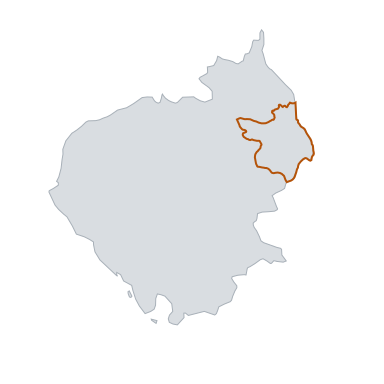 location of Môndól Kiri within Cambodia, rotated 337°
{"feature_id": "KHM-1794", "entity_name": "Môndól Kiri", "entity_type": "Province", "adm_level": 1, "iso_a3": "KHM", "parent_name": "Cambodia", "parent_adm1": "", "projection": "robinson", "projection_center": [106.924, 12.744], "detail": "fine", "context": "in_parent", "style": "outline", "palette": "amber", "viewbox_px": 384, "rotation_deg": 337, "n_neighbors": 0, "source": "natural_earth", "source_scale": "10m", "svg_char_len": 5886}
<svg xmlns="http://www.w3.org/2000/svg" viewBox="0 0 384 384"><g transform="rotate(337 192 192)"><path d="M319.4,69.9L320.2,73.0L318.1,78.9L315.8,84.3L311.7,89.0L311.5,92.5L310.0,102.8L310.6,106.1L311.6,108.9L312.9,110.4L316.6,120.5L319.9,129.6L323.1,137.2L323.7,142.0L320.7,154.0L317.2,165.1L317.5,170.7L319.0,176.2L320.6,183.6L321.2,193.0L320.4,199.2L318.8,203.0L315.8,206.9L313.2,208.9L310.0,205.6L307.5,205.5L304.1,206.5L301.5,208.0L296.1,213.7L290.1,219.3L281.8,220.8L278.6,224.9L275.1,225.5L268.6,225.7L264.3,226.7L264.5,228.8L264.1,238.6L264.2,240.9L263.5,241.6L260.6,241.9L255.5,240.3L248.7,237.9L243.9,237.5L241.4,241.8L239.9,243.5L238.1,243.8L236.2,244.5L235.5,246.4L235.4,248.8L236.3,252.9L236.6,259.5L236.4,263.9L238.2,266.7L248.5,276.2L251.6,278.5L252.0,279.9L250.1,285.1L251.8,292.3L248.5,292.2L243.1,289.1L240.5,287.2L237.3,288.7L236.2,288.4L234.1,284.9L231.3,281.2L228.5,281.0L222.4,282.4L216.2,283.4L213.9,283.4L212.9,284.1L209.3,289.5L207.8,288.5L201.6,286.5L195.9,285.7L194.7,287.1L195.4,291.5L196.6,295.8L195.9,297.6L192.8,299.9L188.6,304.0L186.1,307.1L184.3,307.9L178.0,307.8L171.8,308.2L169.2,311.2L166.9,313.5L164.9,314.1L156.7,306.7L140.4,304.2L138.7,300.9L137.1,300.3L135.6,304.5L126.6,308.6L122.9,306.1L120.2,303.1L120.6,299.5L123.2,296.5L127.6,294.4L129.7,286.9L126.4,277.3L123.4,274.5L120.3,272.3L117.0,275.9L114.2,282.0L111.3,285.1L107.2,285.8L101.3,285.6L99.0,276.4L98.3,268.6L99.1,259.7L100.0,254.4L94.3,247.2L94.0,240.2L91.3,236.6L90.4,238.5L90.5,240.4L89.7,239.0L80.7,218.6L79.3,209.2L80.8,201.9L81.8,199.5L79.2,195.7L75.5,191.3L69.1,185.6L68.6,176.6L67.2,166.0L65.3,162.4L62.4,155.9L60.8,150.5L60.3,136.1L61.1,135.0L65.7,134.6L71.6,133.5L72.6,131.2L71.5,129.3L75.3,126.1L80.8,119.0L85.0,111.5L88.0,106.8L89.8,102.2L95.9,95.6L104.3,91.0L110.0,90.0L115.9,88.4L121.6,86.2L124.3,86.0L131.3,88.7L135.1,89.4L139.1,89.3L143.3,89.6L146.9,89.3L155.5,87.5L164.7,88.9L172.8,87.8L183.0,85.6L187.9,87.0L192.4,89.1L193.1,93.5L194.1,95.5L195.6,97.0L197.6,97.0L200.2,94.0L202.4,90.8L203.1,90.3L203.2,91.8L204.2,95.2L206.2,98.6L208.1,100.8L211.4,103.7L213.5,103.9L220.4,101.1L230.8,105.1L232.0,107.2L235.3,111.3L239.0,114.3L247.0,114.5L249.9,107.2L248.5,102.7L243.9,95.0L242.7,90.5L244.2,89.6L252.0,88.8L253.2,87.9L255.0,82.9L257.1,83.4L261.4,84.1L266.0,80.7L268.7,77.1L270.2,78.7L271.8,81.2L273.6,82.7L276.9,84.9L280.5,87.9L282.7,90.9L284.6,92.1L289.2,91.2L290.4,91.3L293.1,87.7L295.0,85.8L296.6,86.3L299.0,86.3L303.8,81.6L306.6,77.4L308.1,76.3L312.4,78.4L314.2,77.9L316.7,72.1L319.4,69.9ZM96.0,264.4L95.1,265.0L94.2,265.0L93.4,264.1L93.5,260.8L94.1,258.8L95.6,258.5L96.0,264.4ZM109.5,296.7L107.6,298.9L104.7,294.3L104.8,293.1L109.5,296.7Z" fill="#d9dde1" stroke="#a8b0b8" stroke-width="1"/><path d="M320.5,183.0L321.7,189.3L321.8,191.1L321.6,192.8L321.4,193.6L321.1,194.2L321.0,194.8L321.3,195.5L321.3,196.9L319.8,201.5L319.6,202.9L319.2,204.2L318.5,205.2L317.2,205.8L316.0,206.7L314.3,209.3L313.1,209.4L312.2,208.4L310.7,205.8L309.5,205.0L307.3,205.2L304.9,206.1L304.1,206.4L301.1,208.0L299.7,209.7L299.3,210.5L298.7,211.2L297.4,212.2L295.8,214.4L292.4,218.2L291.2,219.1L289.4,219.9L287.5,220.2L283.7,219.9L283.1,219.9L283.0,219.6L282.8,217.1L283.0,213.3L282.9,212.8L282.2,211.5L282.0,210.9L281.6,210.2L281.2,209.8L280.9,209.5L280.4,208.8L280.2,208.7L279.5,208.3L279.0,207.9L278.3,207.5L276.2,206.9L275.0,206.7L274.2,206.4L273.4,205.8L273.2,205.6L273.0,205.4L272.8,204.9L272.2,202.4L271.6,201.0L271.4,200.6L271.2,200.3L270.0,199.1L269.8,199.0L269.7,198.9L269.0,198.6L268.7,198.5L268.4,198.3L268.1,198.0L267.0,197.3L266.4,197.0L264.0,195.3L262.6,194.5L262.3,194.3L262.2,194.1L262.1,193.9L262.1,193.7L262.1,192.4L262.0,191.5L262.2,190.1L263.4,184.7L264.6,182.6L265.3,181.8L267.3,180.4L268.5,180.1L269.4,179.5L270.5,179.1L271.9,178.4L272.2,178.2L272.5,177.7L273.1,176.7L273.5,176.3L273.8,176.0L274.1,175.9L274.4,175.7L274.5,175.5L274.6,174.8L274.3,172.7L274.3,172.0L274.2,171.6L274.0,171.4L273.9,171.2L273.5,171.0L271.7,170.2L268.7,168.1L268.1,167.3L267.9,167.2L267.4,167.0L267.2,167.0L266.3,167.0L266.1,167.0L266.0,166.9L265.5,166.7L265.0,166.3L264.7,166.0L264.3,165.4L264.2,165.2L263.4,164.7L263.2,164.5L263.0,164.3L261.5,161.9L261.3,161.7L261.2,161.5L261.1,161.1L261.0,159.6L261.0,159.3L261.1,159.1L261.3,158.7L261.7,158.2L262.0,157.9L265.1,157.9L265.3,157.8L265.4,157.7L265.5,157.6L265.6,157.4L265.6,157.1L265.6,156.8L265.5,156.6L265.4,156.4L265.3,156.2L265.1,155.9L264.6,155.4L263.1,154.5L262.6,153.8L261.9,151.6L261.6,150.4L261.6,150.2L261.8,149.1L261.7,142.8L264.5,142.7L265.6,142.9L268.7,145.4L269.6,145.8L270.2,146.1L270.8,146.2L274.0,147.8L276.5,150.5L276.8,150.8L278.7,152.2L280.5,154.2L282.9,156.0L286.1,157.3L286.9,157.5L289.0,157.5L289.8,157.5L291.3,157.2L291.9,157.2L292.1,157.2L292.4,157.2L293.7,156.9L294.4,156.9L294.6,157.0L294.9,157.2L295.0,157.3L295.4,157.3L295.8,157.1L296.8,156.1L297.1,155.9L297.2,155.7L297.4,154.4L297.4,154.2L297.6,153.9L297.7,153.7L297.8,153.2L297.7,152.7L297.5,151.8L297.4,151.6L297.2,151.3L297.1,151.0L296.9,150.7L296.8,150.3L296.8,150.1L296.8,149.9L296.9,149.7L297.0,149.5L297.6,148.7L297.9,148.7L298.5,148.7L298.9,149.2L300.6,148.5L303.6,148.9L305.1,148.0L305.5,147.2L305.7,146.3L306.2,145.8L307.1,146.0L307.6,146.7L308.3,148.5L308.8,149.2L309.3,148.9L309.9,148.8L311.0,148.8L311.3,149.0L311.8,150.1L312.0,150.4L312.0,150.7L312.5,151.0L313.4,150.5L313.7,150.3L314.0,150.0L314.3,149.6L314.5,149.4L314.8,149.2L315.4,149.0L315.7,148.9L316.3,148.7L316.5,148.5L316.6,148.4L316.8,148.1L317.1,148.0L317.3,148.2L317.8,148.7L318.2,149.0L318.4,149.2L318.6,149.4L318.8,149.5L319.5,149.8L319.9,150.0L321.3,150.2L321.7,150.3L322.2,150.2L321.5,152.0L316.5,165.6L316.6,166.4L317.4,167.1L317.5,167.5L317.5,167.9L317.4,168.2L317.2,168.4L316.9,169.0L316.8,169.6L316.9,170.2L317.4,171.6L317.6,173.4L317.8,174.2L318.2,174.9L319.6,176.7L320.3,178.3L320.4,179.8L320.4,181.3L320.5,183.0Z" fill="none" stroke="#b45309" stroke-width="2"/></g></svg>